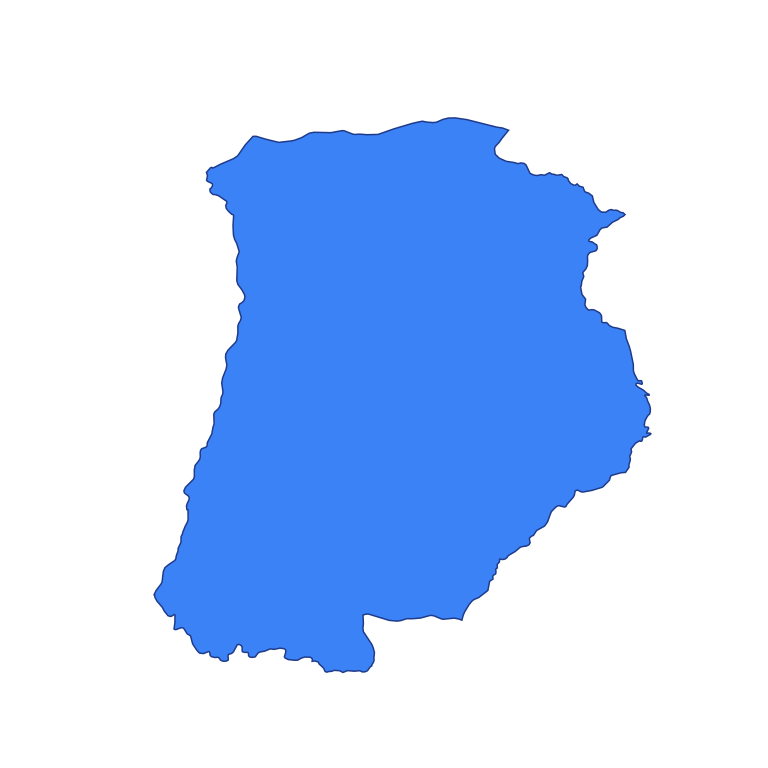 the district of Dosquebradas, Risaralda, Colombia, rotated 75°
{"feature_id": "7082276B1259376417396", "entity_name": "Dosquebradas", "entity_type": "district", "adm_level": 2, "iso_a3": "COL", "parent_name": "Colombia", "parent_adm1": "Risaralda", "projection": "mercator", "projection_center": [-75.67, 4.841], "detail": "fine", "context": "isolated", "style": "filled", "palette": "blue", "viewbox_px": 768, "rotation_deg": 75, "n_neighbors": 0, "source": "geoboundaries", "source_scale": "gbopen_adm2", "svg_char_len": 6170}
<svg xmlns="http://www.w3.org/2000/svg" viewBox="0 0 768 768"><g transform="rotate(75 384 384)"><path d="M528.1,660.7L528.5,660.3L531.3,660.4L535.2,659.4L542.2,656.0L546.5,655.0L551.9,652.6L553.3,650.4L553.3,649.3L552.5,646.8L552.5,646.1L553.1,645.7L560.3,647.7L566.2,650.2L566.8,650.0L567.4,648.4L566.9,642.7L567.8,641.1L568.7,640.5L574.4,638.8L577.1,636.1L585.5,636.1L591.9,634.0L595.2,632.5L596.3,631.6L597.7,628.0L597.0,622.8L597.3,622.1L598.3,621.8L601.1,622.2L602.7,621.3L604.4,618.1L605.0,615.1L606.3,614.0L608.4,613.4L609.3,612.4L610.3,610.7L610.8,608.5L610.6,606.3L609.8,605.7L606.4,605.1L605.0,604.4L604.8,600.9L603.9,598.9L598.0,593.3L597.8,592.5L598.2,591.1L599.8,589.5L601.8,589.2L605.1,590.1L606.0,590.0L607.2,588.0L608.0,585.1L608.7,584.6L611.3,585.1L612.3,584.8L613.2,584.0L613.9,582.2L614.3,579.1L611.2,575.2L611.0,574.2L610.8,572.5L611.2,568.5L610.4,562.6L611.9,558.6L612.2,552.9L613.5,549.7L614.2,548.5L616.0,547.7L618.2,548.6L621.6,550.8L622.6,550.7L623.6,549.9L625.4,547.8L627.8,541.6L628.4,538.8L627.4,534.9L627.2,531.2L628.8,526.1L629.9,524.9L631.2,524.4L633.3,525.2L633.5,522.9L635.4,519.5L637.5,519.2L642.8,515.9L646.5,515.3L647.5,513.8L647.5,511.4L648.0,509.0L647.7,506.2L649.5,501.0L652.0,498.3L651.4,493.5L653.7,487.1L654.7,481.5L656.5,479.5L657.1,476.9L656.7,474.2L653.7,470.5L653.1,468.8L652.1,468.4L650.0,466.2L648.5,465.2L645.2,464.4L640.9,462.7L636.1,462.7L632.6,463.1L617.9,468.0L614.5,467.6L610.1,465.9L601.8,464.1L601.6,461.4L602.1,458.7L613.7,440.1L616.4,432.8L616.9,428.9L616.6,422.8L618.3,416.3L619.5,409.3L619.5,399.5L619.8,398.1L620.9,395.7L625.8,389.3L626.6,387.5L628.3,376.9L630.4,372.5L632.3,369.9L627.6,367.2L624.6,364.7L619.0,358.8L616.5,355.3L615.5,353.0L614.8,347.8L610.3,337.1L601.9,333.0L600.6,329.2L597.8,328.7L597.0,327.7L596.3,325.3L594.6,324.5L591.9,324.1L590.9,322.1L587.6,321.4L585.7,318.5L583.1,317.7L583.1,317.1L584.2,315.2L584.4,312.4L583.6,310.3L581.9,308.4L579.7,300.5L576.9,294.6L576.9,291.6L577.4,288.6L576.8,285.6L575.3,284.0L571.7,283.7L570.3,283.2L569.2,281.0L568.9,278.8L565.5,275.1L564.9,274.0L562.7,265.5L559.4,261.6L553.3,257.4L550.9,255.6L550.0,254.4L547.6,250.3L546.8,248.2L546.8,246.6L549.5,241.6L549.5,240.1L547.6,238.4L542.3,230.4L540.6,228.9L536.7,227.0L536.5,224.6L539.3,221.3L539.9,219.4L540.6,210.6L540.2,200.0L539.8,198.8L535.2,191.1L532.8,189.7L531.2,188.3L531.1,178.0L531.9,173.6L527.8,168.8L525.5,168.4L521.8,166.1L520.0,165.4L517.0,165.4L516.3,164.3L513.6,162.4L510.6,162.2L506.3,156.4L505.0,151.9L505.6,151.3L505.9,150.0L505.1,149.1L502.3,147.7L502.1,147.1L503.0,145.0L501.6,139.6L501.1,139.1L500.2,139.9L499.5,142.9L498.7,142.7L495.2,139.7L494.0,140.2L493.1,143.0L491.2,143.3L487.2,141.5L483.8,138.4L482.5,136.8L481.7,135.1L479.3,133.8L476.2,133.0L472.7,133.0L468.5,133.8L465.6,133.8L462.5,135.1L462.2,134.7L462.4,133.9L463.5,131.0L463.2,130.6L462.6,130.7L461.0,132.5L457.0,135.1L452.7,139.4L450.4,140.9L449.0,140.4L448.8,139.6L448.8,138.7L451.0,135.1L450.7,134.6L449.9,134.3L448.0,134.3L447.4,134.7L446.6,137.4L445.9,138.1L439.2,139.5L436.0,139.7L429.5,138.1L415.9,137.3L410.9,137.4L403.2,138.2L394.6,137.5L390.8,143.4L388.4,148.4L385.9,151.2L383.1,152.5L382.1,153.5L381.8,155.4L381.0,157.4L379.9,157.5L374.8,156.3L373.0,156.5L371.0,157.4L367.0,161.6L365.9,164.0L365.7,167.1L363.7,168.4L361.8,169.2L359.3,169.4L354.2,167.3L348.7,169.6L341.2,169.0L340.1,168.0L335.9,166.3L331.9,163.2L328.4,163.2L327.6,162.9L325.2,159.3L322.4,157.0L317.7,155.4L313.8,154.6L312.2,153.7L311.2,152.7L310.2,150.7L310.2,145.3L309.8,144.3L308.6,143.1L306.0,142.5L304.4,142.7L303.4,144.0L300.9,145.8L299.2,149.1L297.8,148.8L296.6,146.7L295.4,139.8L290.9,135.4L289.7,133.1L290.2,127.9L286.9,121.5L285.7,115.3L284.5,113.0L283.9,109.4L282.7,107.3L280.3,108.9L279.7,110.8L276.9,113.5L276.1,115.0L275.7,117.3L274.4,119.0L274.2,121.2L275.5,125.6L274.5,128.2L274.5,129.2L271.0,131.9L263.0,134.3L256.2,134.1L252.4,137.1L250.8,139.7L249.6,140.4L245.4,140.8L243.6,144.0L240.7,145.7L241.5,147.8L241.1,149.1L238.7,151.8L235.2,153.2L233.1,153.2L232.0,154.0L230.2,156.7L227.9,157.9L227.5,158.5L227.4,161.5L226.7,163.8L225.4,165.6L224.7,167.7L223.1,168.9L222.8,169.7L223.9,174.9L222.5,178.1L222.2,182.4L221.3,184.5L220.2,186.3L218.1,188.5L209.1,190.1L207.2,191.6L205.9,194.5L205.8,197.6L203.8,200.9L200.5,208.4L195.7,214.2L190.9,217.1L186.0,216.5L184.4,215.9L183.1,214.6L180.2,210.0L177.2,206.4L171.1,198.0L167.4,203.3L165.0,208.8L150.2,235.3L145.5,246.1L143.8,252.8L143.7,258.8L144.7,265.5L144.2,268.9L142.0,275.1L140.1,278.9L139.8,283.1L139.6,289.7L140.1,308.2L141.4,325.1L138.8,335.9L136.4,342.7L135.4,347.6L134.6,349.4L129.1,356.9L128.4,358.9L127.5,370.2L122.8,386.3L122.4,391.3L124.7,399.8L125.4,407.2L125.2,410.7L123.4,423.1L117.0,434.7L111.6,443.5L110.9,446.5L117.2,456.2L125.8,466.4L127.4,471.2L129.4,485.0L130.9,492.0L131.1,493.5L130.2,494.2L130.3,495.7L133.6,500.7L137.1,500.6L141.4,502.7L142.6,502.0L145.8,498.2L146.9,498.0L148.3,498.5L149.9,500.1L150.5,501.6L152.2,502.1L153.9,502.0L156.7,500.1L157.5,497.8L159.4,495.0L166.8,488.7L168.3,488.8L170.7,490.7L173.6,490.9L177.0,489.5L180.6,487.2L181.6,485.8L182.5,485.7L192.1,488.9L201.3,490.9L205.8,490.8L210.2,489.9L218.8,489.6L223.8,493.2L227.0,494.9L233.0,495.5L245.9,499.4L249.8,499.4L256.6,496.8L261.8,495.6L264.4,495.9L267.4,497.9L268.6,500.1L269.4,502.8L271.9,504.7L273.9,504.9L282.7,504.6L285.5,506.2L287.7,508.5L290.0,510.1L297.1,512.0L304.0,515.2L305.6,517.1L310.9,525.9L314.1,529.1L317.7,530.3L325.2,530.9L328.8,532.7L336.3,538.3L341.1,540.5L349.3,541.5L351.8,542.3L355.2,545.0L360.5,546.7L363.2,548.5L365.1,550.5L367.1,554.6L369.0,556.2L378.5,558.4L381.9,560.6L387.6,563.2L395.0,569.9L397.5,570.7L398.5,571.5L399.0,572.9L399.3,576.8L400.5,578.3L402.6,579.3L406.8,580.3L408.9,581.4L410.8,583.5L413.7,587.5L417.7,589.4L424.5,591.2L426.7,592.7L432.3,602.4L435.3,604.9L437.6,605.0L441.6,601.9L443.2,601.6L445.2,602.2L448.9,605.3L450.8,606.4L454.3,606.9L454.7,605.9L463.9,608.2L466.0,609.3L470.0,612.9L475.2,616.8L476.4,617.3L478.9,619.5L484.4,621.1L489.5,625.4L492.1,626.2L495.8,628.9L498.9,630.3L500.3,631.8L502.8,639.0L504.7,643.1L507.8,645.6L517.5,649.5L519.2,650.8L524.4,657.5L528.1,660.7Z" fill="#3b82f6" stroke="#1e3a8a" stroke-width="1.5"/></g></svg>